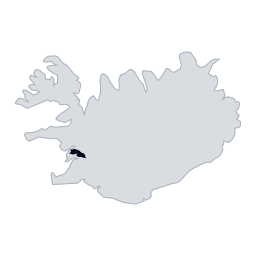 Skorradalshreppur, Vesturland, Iceland (highlighted)
{"feature_id": "244011B18273074009309", "entity_name": "Skorradalshreppur", "entity_type": "district", "adm_level": 2, "iso_a3": "ISL", "parent_name": "Iceland", "parent_adm1": "Vesturland", "projection": "mercator", "projection_center": [-21.43, 64.486], "detail": "fine", "context": "in_parent", "style": "filled", "palette": "ink", "viewbox_px": 256, "rotation_deg": 0, "n_neighbors": 0, "source": "geoboundaries", "source_scale": "gbopen_adm2", "svg_char_len": 5025}
<svg xmlns="http://www.w3.org/2000/svg" viewBox="0 0 256 256"><path d="M199.7,67.1L202.1,67.3L205.9,65.5L211.5,60.4L213.9,59.2L219.2,59.2L212.7,64.2L210.3,69.7L208.5,72.3L208.5,73.5L213.1,76.8L215.3,75.7L216.3,76.1L217.1,77.7L217.7,80.8L217.3,83.9L216.0,87.1L214.2,89.8L214.5,90.6L215.9,91.1L223.4,89.5L224.3,93.4L225.0,94.6L224.8,96.0L221.8,100.1L225.3,97.5L228.1,96.8L232.9,98.1L234.8,99.6L236.0,102.2L238.3,101.4L239.4,102.9L239.5,104.5L238.4,108.9L235.6,111.1L237.3,114.2L238.7,114.3L238.9,115.0L238.8,116.9L236.6,119.1L240.2,121.5L240.6,122.4L240.4,125.2L239.8,126.7L238.7,127.7L236.1,127.8L234.5,128.8L235.1,130.5L234.6,135.2L232.5,139.0L230.6,141.0L228.7,142.4L223.6,140.9L223.8,144.2L221.9,146.2L222.3,147.8L222.9,148.7L222.6,150.8L220.2,155.3L218.6,156.7L215.2,158.4L210.5,162.4L205.6,162.4L193.7,168.1L189.0,171.2L180.6,180.4L177.0,182.8L171.0,183.9L152.8,189.9L150.7,193.4L150.6,194.2L151.5,195.6L150.1,198.1L147.3,199.9L146.0,199.9L143.8,198.4L143.5,199.1L144.4,201.0L135.5,204.1L123.2,202.4L112.3,198.1L103.6,197.2L97.5,191.1L97.4,190.1L98.0,188.2L100.2,187.5L99.2,185.6L95.5,188.8L94.3,188.7L92.7,187.4L92.7,186.1L89.6,185.6L84.3,181.7L83.9,180.8L85.1,179.5L84.9,179.3L82.0,179.5L77.8,183.1L53.0,184.5L52.1,182.6L51.1,175.5L52.0,172.5L53.0,172.8L55.9,176.8L62.6,174.6L65.3,173.1L67.8,169.2L69.2,167.9L71.2,163.0L73.3,159.9L77.5,158.5L73.7,157.6L67.5,161.6L65.3,161.6L66.3,159.8L68.5,157.9L67.0,157.7L66.4,156.8L66.4,155.0L67.5,152.0L74.9,146.6L73.2,145.6L68.0,149.7L64.3,151.1L61.2,149.2L59.7,146.7L59.8,145.6L61.6,142.4L61.3,141.8L60.1,141.4L56.8,138.5L51.6,138.8L38.7,137.0L28.9,141.2L26.6,139.3L24.6,135.2L25.0,133.5L26.7,132.6L31.5,132.8L38.5,130.8L41.7,128.4L43.0,129.0L43.6,130.2L47.9,128.4L50.2,126.2L54.1,127.2L68.7,126.1L70.6,123.3L71.3,120.0L71.0,119.3L65.6,122.4L64.4,122.3L58.2,120.7L55.9,118.9L56.7,117.4L60.0,114.2L68.4,108.8L69.5,107.8L69.7,106.5L66.3,104.2L60.0,104.8L58.4,102.1L53.2,100.5L49.7,101.5L47.8,99.8L27.2,108.4L20.6,104.5L15.8,103.8L15.4,102.6L18.1,98.8L20.0,98.1L22.0,98.5L25.6,101.1L28.1,101.9L25.0,98.1L24.8,94.3L23.8,93.4L22.9,90.9L23.3,90.0L27.1,90.6L33.1,94.9L36.1,94.1L39.9,91.4L31.3,89.8L28.6,86.4L30.5,84.6L35.0,84.8L30.0,78.9L29.8,77.8L30.6,75.2L36.8,77.5L33.6,74.0L33.5,73.2L34.4,72.5L34.9,70.4L36.5,69.5L39.6,70.3L44.5,74.3L45.2,75.5L45.4,79.6L47.3,79.0L49.6,79.6L51.5,76.7L52.8,77.4L53.9,79.9L53.7,85.4L55.1,83.5L57.3,83.4L57.7,78.8L57.3,75.2L49.8,71.0L46.9,67.9L47.2,66.8L48.7,65.9L56.5,65.1L53.1,63.3L52.3,61.5L46.4,62.2L43.4,61.4L43.3,60.5L44.5,59.1L48.1,56.2L54.9,55.9L57.7,56.7L62.9,63.1L67.1,65.6L74.2,74.2L78.7,77.4L78.9,78.3L78.2,79.2L76.4,80.4L79.1,81.8L80.7,84.0L80.8,85.0L79.3,91.8L77.7,94.0L73.5,92.7L74.5,94.8L77.5,97.1L78.1,98.4L77.7,99.6L79.1,99.2L79.6,100.0L78.9,103.8L78.2,105.1L80.6,105.9L82.3,107.8L84.4,115.4L85.5,109.6L86.1,107.4L87.1,106.6L88.3,100.6L91.1,97.0L93.7,95.7L96.4,99.9L98.3,100.3L100.4,92.9L100.6,87.4L100.0,81.4L100.4,77.0L101.7,74.4L103.4,73.6L107.2,76.2L110.3,82.3L115.0,88.8L118.2,90.4L118.8,90.2L119.4,88.1L118.9,79.5L120.5,74.9L124.3,73.8L130.2,69.5L131.5,69.4L134.4,71.8L139.6,80.5L143.3,84.6L145.2,91.0L146.1,92.2L146.9,90.2L146.9,87.3L142.5,74.0L142.4,72.2L142.9,70.7L150.9,71.4L152.7,72.9L158.3,80.5L161.0,77.4L166.5,68.4L168.3,68.7L173.0,72.4L174.8,72.0L180.3,68.8L181.4,64.5L179.1,55.9L180.1,54.1L185.1,51.9L190.6,52.4L196.2,60.4L196.4,64.2L199.7,67.1Z" fill="#d9dde1" stroke="#a8b0b8" stroke-width="1"/><path d="M84.4,157.1L84.1,156.8L84.1,156.7L84.2,156.4L84.2,156.2L84.1,155.9L83.9,155.8L83.9,155.7L83.9,155.4L84.0,155.4L83.9,155.3L84.0,155.3L84.0,155.2L84.0,154.9L83.9,154.6L83.1,153.9L82.1,153.9L81.7,153.7L81.4,153.6L81.0,153.0L80.4,152.7L80.1,152.4L79.9,152.3L79.7,152.2L79.5,151.9L79.4,151.7L79.2,151.6L78.8,151.4L78.7,151.3L78.7,151.2L78.4,151.2L78.2,151.2L77.9,151.0L77.7,150.9L77.5,150.7L77.4,150.6L77.3,150.4L77.2,150.4L76.9,150.4L76.8,150.5L76.7,150.5L76.4,150.4L76.1,150.3L75.9,150.3L75.8,150.2L75.7,150.2L75.4,150.1L75.2,149.9L74.9,149.9L74.7,150.0L74.7,149.9L74.6,149.7L74.4,149.7L74.2,149.7L73.9,149.7L73.7,149.8L73.7,150.0L73.5,150.4L73.5,150.5L73.4,150.7L73.3,150.8L73.3,151.0L73.2,151.0L73.0,150.9L72.9,150.9L72.7,150.8L72.5,150.7L72.4,150.6L72.4,150.4L72.2,150.3L72.2,150.2L71.9,150.2L71.8,150.3L71.7,150.3L71.8,150.4L71.8,150.5L72.0,150.8L72.1,151.0L71.8,151.4L71.7,151.5L71.7,151.8L71.6,152.0L71.4,152.3L71.3,152.5L71.2,152.6L70.7,153.0L71.4,153.2L71.7,153.6L71.8,153.9L71.8,154.0L71.8,153.9L72.0,153.9L72.3,153.8L72.5,153.7L72.8,153.6L73.0,153.7L73.3,153.6L73.5,153.6L73.7,153.4L73.9,153.4L74.0,153.4L74.3,153.3L74.4,153.2L74.5,153.4L74.8,153.4L75.0,153.4L75.2,153.2L75.3,153.2L75.5,153.1L75.8,152.9L76.2,152.8L76.3,152.7L76.5,152.7L76.8,152.6L77.5,153.0L79.3,154.0L79.9,154.4L79.9,154.7L79.7,154.7L79.4,154.5L79.4,154.4L79.4,154.5L79.3,154.4L79.2,154.4L79.1,154.2L79.0,154.3L78.9,154.2L78.7,154.1L78.4,154.0L78.2,154.0L78.1,153.9L77.9,153.9L77.8,154.0L77.7,154.3L77.5,154.7L77.3,155.4L79.4,156.4L79.7,156.4L81.4,156.0L83.2,156.9L84.4,157.1Z" fill="#0f172a" stroke="#020617" stroke-width="1.5"/></svg>